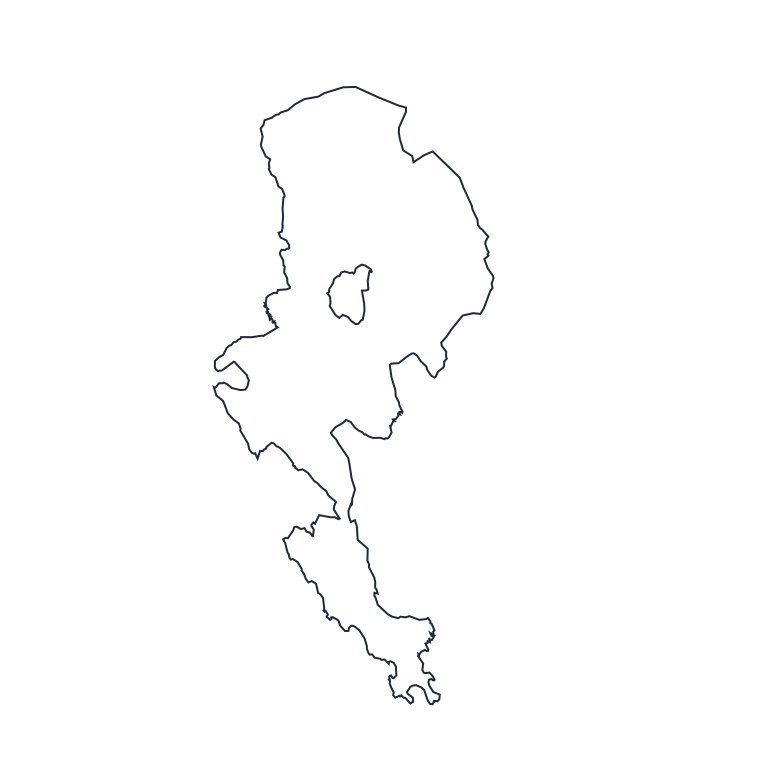 Bukoba, Kagera, United Republic of Tanzania (Natural Earth projection), rotated 141°
{"feature_id": "72390352B68293795880239", "entity_name": "Bukoba", "entity_type": "district", "adm_level": 2, "iso_a3": "TZA", "parent_name": "United Republic of Tanzania", "parent_adm1": "Kagera", "projection": "natural_earth1", "projection_center": [31.68, -1.353], "detail": "fine", "context": "isolated", "style": "outline", "palette": "slate", "viewbox_px": 768, "rotation_deg": 141, "n_neighbors": 0, "source": "geoboundaries", "source_scale": "gbopen_adm2", "svg_char_len": 6167}
<svg xmlns="http://www.w3.org/2000/svg" viewBox="0 0 768 768"><g transform="rotate(141 384 384)"><path d="M458.3,349.2L456.8,367.1L456.0,370.9L456.5,376.4L456.1,379.5L449.2,381.0L440.0,379.6L436.1,379.9L433.7,375.3L434.1,369.1L433.2,364.2L431.2,360.1L431.0,357.0L430.1,356.6L429.0,353.2L426.6,349.1L420.8,344.6L418.3,340.8L417.1,341.0L415.4,339.4L414.3,339.3L408.7,341.4L405.7,347.5L405.0,347.0L400.4,349.2L399.1,348.3L399.4,350.8L396.8,349.4L393.0,350.2L391.9,351.8L390.7,350.2L390.5,352.3L389.9,352.6L388.8,352.0L388.0,350.1L387.2,350.6L385.5,357.7L383.9,360.3L382.7,366.9L378.9,372.3L374.2,384.1L367.6,395.1L365.4,395.2L359.5,390.9L349.1,390.9L343.1,390.1L341.6,389.1L340.4,385.2L341.1,378.6L340.1,370.9L341.5,367.7L342.1,360.8L340.8,357.2L339.3,357.1L334.4,359.6L327.6,359.5L326.1,360.1L323.2,363.5L319.2,364.2L318.6,366.1L315.3,370.0L315.1,377.1L313.5,380.2L305.7,381.4L297.6,383.9L279.8,387.7L270.1,382.9L265.0,377.8L258.7,380.0L243.4,389.1L239.1,390.4L237.4,394.0L232.1,397.5L231.3,399.3L230.6,408.6L227.4,418.0L222.1,418.0L221.9,419.6L219.7,420.5L219.3,423.4L217.1,429.2L215.2,431.0L210.2,432.9L210.5,442.1L211.2,445.0L210.8,448.6L208.1,452.6L205.5,463.6L203.5,467.5L198.8,486.1L195.3,496.7L199.8,534.1L208.5,536.5L221.5,537.8L218.6,543.3L222.1,553.4L217.5,564.4L214.3,570.1L210.7,574.0L195.6,581.7L193.0,585.0L197.5,591.3L208.1,610.5L219.2,632.8L229.1,640.3L247.5,647.7L254.1,648.6L266.6,655.5L277.1,657.4L286.5,657.3L293.4,660.0L296.2,659.8L298.8,661.3L303.5,661.5L310.8,664.1L314.5,661.3L319.2,660.0L322.6,652.6L329.0,647.6L330.2,645.1L332.7,635.2L331.0,630.3L334.6,628.0L337.1,624.0L338.2,623.7L339.7,617.3L338.2,613.1L341.7,603.8L340.4,599.8L342.2,593.9L343.2,592.4L345.0,592.0L352.6,584.0L357.1,577.6L362.9,571.6L363.0,570.7L367.5,566.7L370.7,567.9L372.2,562.9L369.5,557.1L370.4,551.6L372.2,549.2L373.1,549.2L374.1,550.2L376.8,550.5L379.2,552.8L382.1,551.6L383.4,549.8L384.5,543.5L387.3,539.7L387.3,537.7L391.4,533.5L392.6,527.3L395.6,523.0L396.0,518.6L396.9,517.8L399.7,518.6L407.3,523.8L409.8,522.1L412.3,524.2L418.2,525.4L421.0,525.1L425.3,520.9L425.9,521.8L426.3,520.3L428.1,520.0L428.0,518.9L426.3,519.0L427.3,517.2L426.8,515.1L428.0,515.3L428.8,513.9L430.0,513.9L430.4,513.0L428.9,512.8L429.8,510.8L428.9,510.5L428.8,508.9L429.7,508.6L430.5,509.6L430.9,508.2L430.0,507.3L431.6,507.1L432.3,505.7L430.2,505.9L430.3,503.9L431.5,502.4L430.1,501.8L431.3,501.3L429.9,500.1L431.8,496.9L431.0,494.9L447.9,497.3L448.3,498.3L457.3,503.6L465.6,510.4L467.1,509.4L469.3,510.2L471.9,509.8L474.7,511.1L478.4,510.3L479.6,511.1L483.7,511.0L490.6,507.8L495.2,508.6L500.9,508.3L504.8,503.6L505.4,501.8L505.1,498.7L501.3,496.5L487.1,495.9L486.3,495.0L485.0,476.7L486.1,475.0L486.6,472.0L491.9,467.9L495.2,466.9L499.3,469.5L504.8,476.7L506.0,482.6L507.8,486.0L508.8,486.0L511.7,488.4L516.5,487.4L517.8,487.5L518.2,488.6L521.5,480.6L519.7,472.0L523.8,459.5L523.3,450.9L521.6,444.6L523.7,439.4L525.0,438.1L527.2,423.1L529.8,418.2L530.0,413.7L528.9,411.6L527.7,411.2L529.3,405.5L522.4,410.0L520.4,408.1L518.1,408.6L516.4,408.0L514.9,409.1L508.2,409.0L507.0,407.2L506.7,403.3L505.0,399.9L503.9,391.2L504.5,379.4L506.1,378.0L504.9,375.9L505.8,374.8L504.8,370.9L501.0,368.9L499.0,362.8L499.3,352.5L498.1,348.7L497.7,342.8L496.6,338.8L496.3,336.8L497.4,332.6L495.5,322.5L499.5,320.5L502.0,318.1L503.2,307.3L504.6,307.7L505.8,311.1L509.3,314.0L517.0,322.9L525.6,318.8L526.0,320.9L528.9,320.3L529.7,319.3L530.2,315.0L534.9,310.5L535.4,310.7L535.1,315.2L537.2,318.0L536.4,322.0L539.8,323.5L541.7,328.0L543.5,329.3L546.8,327.4L555.8,324.6L557.2,326.3L560.2,326.8L560.9,322.6L565.1,313.6L565.1,311.5L566.7,308.8L567.1,306.4L564.9,305.2L563.2,300.0L564.3,292.2L565.4,291.0L565.7,286.8L567.4,281.7L567.6,277.3L564.2,276.4L562.5,271.5L566.7,263.1L565.8,260.4L566.0,256.2L572.2,246.4L573.5,246.1L573.6,244.4L572.2,244.2L572.5,241.0L573.0,239.9L574.8,239.5L575.0,238.6L574.3,234.6L573.0,234.4L571.7,235.8L570.9,235.4L568.6,230.3L568.3,228.8L570.1,223.8L569.7,216.5L567.0,214.5L564.9,216.3L562.2,216.9L561.0,216.4L559.4,214.0L558.2,207.8L559.2,198.7L562.1,191.4L563.9,189.0L565.5,184.3L565.5,182.7L563.4,181.4L563.5,177.1L559.9,172.9L559.6,171.3L556.9,169.4L556.4,163.6L555.1,164.9L553.5,164.5L551.9,161.3L552.6,156.9L557.7,149.8L561.8,149.4L562.4,150.2L561.9,153.0L563.2,153.6L564.3,153.1L565.3,151.0L566.2,151.2L566.1,149.7L568.1,147.4L569.5,143.4L570.4,138.4L572.8,136.3L572.6,133.1L568.3,132.0L568.2,131.0L567.3,130.6L566.6,131.0L566.2,127.9L564.9,126.6L564.6,119.1L561.5,118.7L559.0,122.1L560.5,128.2L560.0,130.2L554.2,132.0L551.4,131.5L548.6,129.8L545.9,124.6L545.3,121.1L549.3,110.3L549.5,106.4L547.8,104.5L544.8,106.0L544.7,105.2L543.8,105.7L542.3,103.9L539.6,104.0L536.1,107.5L539.5,113.5L538.7,120.6L537.3,124.1L535.0,125.9L532.9,124.9L532.3,122.7L531.3,122.1L530.8,122.6L530.0,125.8L530.3,131.1L534.2,133.6L534.8,134.7L534.1,137.7L529.4,142.2L528.8,150.9L528.0,150.6L527.1,152.7L526.8,151.7L523.6,152.4L519.5,151.6L519.0,149.7L517.8,148.9L516.7,149.8L515.2,156.2L513.1,155.5L512.0,156.6L510.8,154.4L508.9,158.3L509.2,155.7L507.9,154.9L503.6,156.5L505.0,157.8L504.3,158.0L504.7,160.2L505.1,160.0L504.7,161.4L503.4,157.7L501.7,160.5L499.8,160.9L497.9,167.6L498.5,169.0L497.3,170.4L497.1,174.5L499.6,175.0L505.0,178.5L510.4,187.6L514.1,189.1L517.6,192.8L520.3,193.1L524.1,198.0L525.9,202.7L527.8,216.3L524.9,223.6L525.0,225.1L522.9,227.7L520.8,225.1L519.3,228.6L518.9,231.5L515.5,235.5L513.3,239.8L511.0,251.1L509.2,253.0L508.0,257.2L500.3,266.3L502.5,279.5L494.8,290.2L492.3,296.5L496.7,297.6L494.3,303.8L491.6,307.7L485.2,311.5L485.2,310.5L484.4,310.9L480.8,314.9L472.8,320.3L468.7,330.8L460.4,345.0L458.3,349.2ZM366.0,446.9L368.4,448.5L369.7,453.0L370.0,458.9L371.1,461.2L372.6,463.7L377.2,463.5L378.3,468.2L377.1,478.8L374.6,480.6L371.0,485.7L371.1,490.3L369.2,489.9L366.6,492.3L360.0,494.5L356.6,497.0L352.3,497.0L350.8,495.8L347.1,497.6L343.8,496.3L340.7,491.7L338.5,490.7L338.1,489.0L336.0,489.5L333.5,491.4L330.9,491.6L326.1,490.7L324.1,488.0L322.0,481.4L322.9,479.0L323.4,478.9L323.8,480.8L324.7,480.6L331.9,474.2L336.7,467.2L339.2,468.0L342.4,470.5L349.2,458.3L353.4,452.9L360.1,447.3L361.6,447.9L366.0,446.9Z" fill="none" stroke="#1e293b" stroke-width="2"/></g></svg>